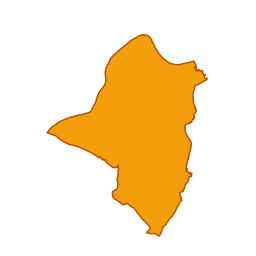 Mayparkngum, Vientiane [prefecture], Laos (Robinson projection), rotated 198°
{"feature_id": "54806243B973390148812", "entity_name": "Mayparkngum", "entity_type": "district", "adm_level": 2, "iso_a3": "LAO", "parent_name": "Laos", "parent_adm1": "Vientiane [prefecture]", "projection": "robinson", "projection_center": [102.92, 18.139], "detail": "fine", "context": "isolated", "style": "filled", "palette": "amber", "viewbox_px": 256, "rotation_deg": 198, "n_neighbors": 0, "source": "geoboundaries", "source_scale": "gbopen_adm2", "svg_char_len": 5439}
<svg xmlns="http://www.w3.org/2000/svg" viewBox="0 0 256 256"><g transform="rotate(198 128 128)"><path d="M86.1,212.0L87.2,211.3L89.1,209.9L91.1,208.8L95.2,206.4L96.2,205.9L97.6,204.7L98.2,204.4L99.9,203.7L100.7,203.4L103.6,202.8L107.2,202.6L108.0,202.7L109.3,202.7L111.2,203.4L113.3,204.0L116.4,205.1L117.1,205.4L117.4,205.7L123.0,209.3L124.8,211.0L127.0,212.8L128.3,214.3L130.7,216.6L133.7,220.0L136.9,221.8L140.4,221.9L143.2,221.1L146.0,219.0L151.9,212.5L157.1,204.3L159.6,200.4L164.2,192.7L166.0,188.9L166.7,182.8L167.4,178.0L166.9,173.7L163.8,166.9L163.3,162.5L164.4,158.6L166.0,154.8L166.7,151.9L166.9,147.6L166.7,143.4L167.8,136.1L168.3,132.7L168.6,132.0L170.5,130.2L172.6,128.7L174.7,127.3L178.3,125.4L181.2,123.6L187.5,119.4L192.4,115.2L194.7,113.1L199.9,106.4L201.9,103.1L202.9,100.3L203.4,98.5L194.1,98.2L189.2,96.1L183.7,94.9L179.7,94.2L173.5,94.7L169.4,94.8L161.0,94.0L152.3,92.6L149.4,91.7L148.5,91.4L147.9,91.4L147.3,91.0L146.9,90.8L146.5,90.8L146.2,91.0L145.9,91.3L145.7,91.7L145.5,91.8L145.4,91.8L144.7,91.3L143.7,90.4L143.3,90.3L142.9,90.4L142.6,90.6L142.4,90.6L142.1,90.0L141.9,90.1L141.5,90.5L141.4,90.5L141.1,90.1L140.8,90.0L140.6,90.0L140.1,90.4L139.7,90.8L139.5,90.5L139.0,89.6L138.6,89.2L138.1,88.8L137.6,88.5L136.7,88.1L134.1,87.3L132.9,86.8L130.8,85.9L130.0,85.9L129.0,86.0L128.5,86.2L127.7,86.5L127.3,86.8L126.5,87.7L125.6,89.2L125.4,88.2L125.0,87.7L125.2,87.3L125.2,87.2L124.9,86.9L124.8,86.6L124.4,86.5L124.2,86.2L124.2,84.5L124.2,84.1L124.0,83.5L123.5,82.7L123.4,82.2L123.3,81.9L123.4,80.8L123.4,80.6L122.8,80.0L122.6,79.4L122.6,79.0L122.8,75.9L120.7,72.7L120.3,71.6L119.8,69.3L119.6,67.4L119.8,66.4L120.8,65.1L122.5,63.6L122.9,62.9L122.9,61.9L122.4,60.5L121.8,59.1L120.9,57.7L119.6,56.7L114.2,55.3L113.0,54.8L110.0,53.7L109.0,53.6L108.0,53.9L107.3,54.3L106.4,55.8L105.9,56.0L104.6,55.8L102.7,54.9L99.7,53.9L97.9,53.8L96.8,53.2L95.8,52.5L92.8,50.1L88.9,47.7L87.5,46.6L86.4,45.9L83.7,44.7L80.9,43.2L79.0,42.3L77.2,41.1L76.0,39.8L75.9,39.2L75.9,38.8L77.3,35.9L77.7,34.1L75.4,34.4L73.9,34.5L72.5,34.9L70.5,35.8L69.5,36.1L68.5,35.8L67.3,35.3L65.4,35.0L64.9,35.0L64.7,35.9L64.5,36.7L64.0,39.7L64.3,43.2L64.0,44.3L63.5,45.6L63.0,46.4L62.6,46.9L62.3,47.4L62.1,47.8L61.9,49.4L61.6,50.3L61.2,51.3L61.0,52.1L61.0,52.6L60.7,53.7L60.3,54.6L59.8,55.7L59.1,56.8L58.8,57.5L58.2,59.8L58.1,60.7L57.9,61.1L57.7,61.4L57.5,62.1L57.2,64.4L57.0,65.2L57.0,66.1L56.8,66.9L56.9,67.8L56.8,68.4L56.4,69.7L55.7,71.2L55.7,71.5L55.7,71.8L56.1,72.5L56.1,72.8L55.6,73.7L55.3,74.4L54.9,74.9L54.7,75.1L54.6,75.5L54.6,75.8L54.8,76.1L55.0,76.2L55.5,76.3L55.7,76.5L55.8,76.7L55.6,77.7L55.6,78.1L55.7,78.3L55.9,78.6L56.2,78.8L57.1,79.1L57.2,79.3L57.2,80.2L58.7,81.9L58.9,82.3L58.9,82.5L58.5,82.9L57.0,84.0L56.4,84.1L56.1,84.5L56.0,85.0L56.2,85.5L56.6,85.8L56.8,86.3L56.5,86.9L56.2,87.1L55.8,87.2L55.6,87.7L55.7,88.1L55.7,88.9L56.0,91.3L55.9,92.1L55.1,93.8L54.7,94.8L54.3,96.4L54.4,97.1L54.8,100.1L54.6,100.7L54.4,101.0L53.6,101.0L53.3,101.1L52.7,101.6L52.6,102.0L53.6,103.2L53.7,103.5L53.1,104.1L53.2,104.4L53.7,104.5L54.7,104.8L55.0,104.6L55.1,104.1L55.1,103.5L55.3,103.4L55.7,103.8L56.0,104.2L56.9,104.6L57.1,104.8L57.4,105.0L57.7,104.9L58.1,104.6L58.4,104.6L59.0,104.6L59.3,105.4L59.1,105.8L58.9,106.0L58.8,106.3L58.7,106.9L58.7,107.2L58.9,107.4L59.3,107.5L59.4,107.4L59.5,107.3L59.5,107.0L59.4,106.9L59.4,106.7L59.6,106.3L59.9,106.1L59.9,106.6L60.4,108.4L60.9,110.1L61.0,111.0L60.9,111.7L60.8,112.3L61.1,113.7L61.2,114.8L61.1,116.7L61.3,118.2L61.5,120.1L61.8,124.8L62.1,128.1L62.7,131.9L63.3,133.4L63.6,133.8L64.5,134.9L68.1,137.7L69.7,139.2L70.9,140.4L71.8,141.5L72.6,142.8L73.1,143.8L73.5,145.4L74.2,146.8L74.4,147.8L74.4,148.6L74.2,149.1L73.9,149.1L73.5,149.3L73.2,149.9L73.0,150.1L72.6,150.3L72.3,150.5L72.2,150.7L72.0,151.0L72.0,151.5L71.8,151.7L71.6,151.8L71.5,151.7L71.4,151.4L71.2,151.4L71.0,151.5L71.0,152.1L70.9,152.2L70.6,152.0L70.5,151.9L70.4,152.0L70.4,152.8L69.8,152.9L69.6,153.2L69.4,153.2L69.4,153.4L69.5,153.5L69.6,153.8L69.3,154.4L69.3,155.1L69.2,155.6L69.2,155.8L68.7,156.2L68.6,156.4L68.7,156.7L69.0,156.9L68.9,157.0L68.4,156.9L68.2,157.2L68.3,157.3L68.7,157.9L68.7,158.1L68.2,158.0L68.1,158.4L68.5,159.0L68.6,159.3L68.6,159.9L68.7,160.0L69.1,160.1L69.2,160.3L69.2,160.6L69.5,161.2L69.6,161.4L69.4,161.9L69.2,162.3L68.6,163.6L68.5,164.1L68.4,165.1L68.5,166.1L68.9,166.5L69.1,166.6L69.4,166.6L69.7,166.8L70.0,166.9L70.1,167.0L70.0,167.4L70.4,168.0L70.4,168.3L72.2,170.4L73.7,172.7L76.5,179.2L76.7,180.8L77.3,189.3L75.9,190.0L75.3,190.5L74.3,191.6L72.3,193.6L71.4,194.8L69.9,196.4L69.6,196.9L69.2,197.3L68.9,197.3L68.3,198.0L67.8,198.8L67.8,199.1L68.3,199.5L68.6,199.6L69.3,199.6L69.8,199.3L70.2,199.2L70.5,199.2L70.7,199.3L71.0,200.2L71.4,200.7L71.4,201.0L71.4,201.3L71.2,201.7L71.0,202.0L70.7,202.3L70.8,202.6L71.0,202.7L71.8,201.7L72.1,201.7L72.2,201.9L72.3,202.1L72.9,202.2L73.0,202.4L73.2,202.8L73.6,203.1L73.8,203.1L74.1,203.0L74.3,203.0L74.2,203.5L74.0,203.8L74.0,204.0L74.1,204.3L74.4,204.5L74.5,205.0L74.8,205.3L75.1,205.3L75.5,205.0L75.9,204.9L76.2,204.5L76.4,204.4L76.6,204.6L76.7,204.9L77.0,205.0L77.5,204.9L77.8,205.0L78.0,204.8L78.0,204.5L78.2,204.4L78.5,204.5L78.5,205.3L78.7,205.5L79.7,204.5L79.7,204.1L79.5,203.9L79.8,203.6L80.2,203.6L81.2,203.7L81.3,204.4L81.2,205.1L81.5,206.1L81.6,206.4L81.8,206.7L82.2,206.7L82.5,206.5L82.7,206.0L83.0,205.8L83.3,205.7L83.5,205.8L83.4,206.1L83.2,206.5L82.6,207.0L82.4,207.7L82.6,207.9L82.9,208.8L86.1,212.0Z" fill="#f59e0b" stroke="#b45309" stroke-width="1.5"/></g></svg>